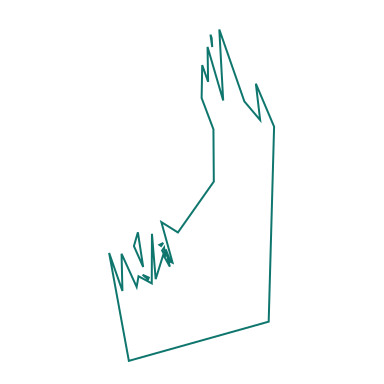 outline of Qaasuitsup Kommunia, rotated 80°
{"feature_id": "GRL-2743", "entity_name": "Qaasuitsup Kommunia", "entity_type": "state/province", "adm_level": 1, "iso_a3": "GRL", "parent_name": "Greenland", "parent_adm1": "", "projection": "natural_earth1", "projection_center": [-56.716, 74.362], "detail": "coarse", "context": "isolated", "style": "outline", "palette": "teal", "viewbox_px": 384, "rotation_deg": 80, "n_neighbors": 0, "source": "natural_earth", "source_scale": "10m", "svg_char_len": 759}
<svg xmlns="http://www.w3.org/2000/svg" viewBox="0 0 384 384"><g transform="rotate(80 192 192)"><path d="M86.3,157.0L51.8,151.5L107.3,145.4L36.7,136.9L111.9,124.7L133.0,112.4L96.4,110.3L141.9,99.8L333.0,139.0L347.3,283.5L237.6,284.2L277.4,277.7L240.6,272.1L275.9,263.0L265.7,259.3L275.0,247.5L226.2,238.7L271.5,242.9L248.8,231.2L261.7,226.8L243.9,227.8L257.1,225.2L258.3,223.4L216.3,227.4L229.4,212.9L185.5,168.7L134.0,160.0L101.1,166.2L68.8,159.9L86.3,157.0ZM257.4,253.1L235.2,258.6L222.3,252.3L257.4,253.1ZM265.0,255.0L268.8,249.4L270.4,250.4L265.0,255.0ZM251.2,229.5L244.4,231.6L241.9,229.1L251.2,229.5ZM238.4,233.2L237.2,229.2L239.8,231.8L238.4,233.2ZM43.8,145.9L52.8,146.9L40.2,146.5L43.8,145.9Z" fill="none" stroke="#0f766e" stroke-width="2"/></g></svg>